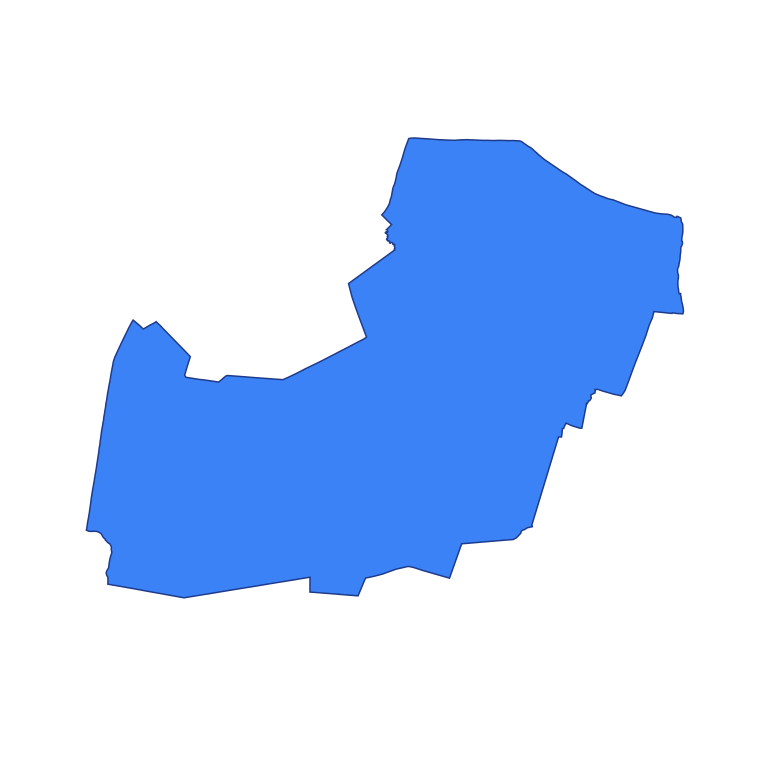 the district of Certesti, Vaslui, Romania, rotated 17°
{"feature_id": "2599482B13375142181874", "entity_name": "Certesti", "entity_type": "district", "adm_level": 2, "iso_a3": "ROU", "parent_name": "Romania", "parent_adm1": "Vaslui", "projection": "orthographic", "projection_center": [27.606, 46.012], "detail": "fine", "context": "isolated", "style": "filled", "palette": "blue", "viewbox_px": 768, "rotation_deg": 17, "n_neighbors": 0, "source": "geoboundaries", "source_scale": "gbopen_adm2", "svg_char_len": 6098}
<svg xmlns="http://www.w3.org/2000/svg" viewBox="0 0 768 768"><g transform="rotate(17 384 384)"><path d="M147.9,391.0L147.2,391.9L146.6,392.5L145.3,393.9L142.6,396.5L137.8,401.8L135.0,400.4L133.6,399.7L125.4,396.2L125.0,397.5L124.7,398.8L124.0,402.4L123.6,404.4L123.4,405.5L123.2,406.8L122.9,408.8L122.6,410.7L122.5,411.3L122.1,413.6L121.9,414.8L121.4,418.1L121.2,419.6L120.9,421.3L119.2,433.5L119.1,434.2L118.9,436.3L118.7,436.9L118.7,438.4L118.6,440.9L118.8,443.2L119.1,445.4L119.2,446.4L119.4,448.4L119.9,452.9L121.0,461.0L121.5,466.3L121.9,469.1L122.4,473.7L123.5,480.7L123.8,484.4L124.2,486.2L124.5,487.8L124.8,490.3L125.3,493.6L125.5,495.5L125.8,497.8L126.4,500.7L126.6,503.4L126.9,504.8L127.1,506.6L127.2,507.9L127.6,510.6L127.8,512.2L128.5,516.3L128.8,518.3L129.5,522.8L130.0,525.0L130.3,528.0L130.6,529.8L131.0,531.6L131.4,534.3L132.0,538.7L132.2,540.1L132.4,541.2L132.8,544.2L133.1,546.1L133.4,547.8L133.9,551.8L134.1,552.9L134.3,555.1L134.6,557.1L134.7,558.0L134.9,559.4L135.2,561.3L135.3,562.3L135.4,563.2L135.6,564.5L135.9,567.1L136.5,571.9L136.8,574.1L137.1,576.1L137.5,579.1L138.1,582.1L139.1,588.7L139.4,590.7L139.9,593.5L140.0,594.7L140.3,596.7L140.6,599.3L141.1,603.8L141.6,606.6L142.2,610.9L143.3,610.9L144.2,611.1L145.5,611.0L147.0,610.6L149.8,609.6L150.6,609.4L151.2,609.2L152.4,609.0L154.3,609.1L155.7,609.4L156.5,609.4L157.2,609.9L158.5,610.9L159.3,611.8L160.8,613.1L162.4,613.6L163.1,614.7L163.8,614.9L165.7,616.1L167.0,616.7L168.3,616.9L169.1,617.6L169.8,618.3L170.6,619.0L171.1,620.1L171.6,622.1L172.3,623.4L172.8,624.6L173.0,625.3L173.1,626.3L172.9,627.6L172.9,628.7L173.0,630.0L173.0,631.2L173.2,632.8L173.5,635.3L174.3,639.7L174.3,640.4L173.9,642.2L173.6,643.5L173.5,645.5L173.7,646.3L175.0,648.3L175.9,648.9L176.4,649.6L177.0,651.0L178.5,656.2L204.9,652.9L219.8,651.2L255.3,646.9L369.7,590.4L374.0,604.6L421.1,594.2L423.1,574.9L425.1,573.9L431.0,570.6L438.0,566.3L449.6,557.6L460.2,551.5L462.2,551.1L466.1,550.8L475.5,551.0L503.4,550.5L505.0,514.1L546.5,497.5L553.0,495.0L555.6,492.4L556.8,490.1L558.4,486.7L558.3,485.0L558.6,484.0L559.4,483.3L561.3,481.8L563.0,479.7L565.5,478.2L566.8,477.5L567.4,477.3L567.5,476.6L566.6,475.9L566.4,383.5L569.2,382.8L568.7,379.1L567.6,374.6L568.8,374.0L568.9,372.0L569.5,368.2L576.2,369.0L583.9,369.0L586.1,368.4L583.6,344.7L583.3,343.5L583.9,343.7L584.4,342.0L584.5,340.3L585.5,339.9L585.9,338.8L586.3,337.3L586.1,336.3L585.4,335.1L585.2,333.8L587.4,331.6L588.3,330.9L588.0,328.6L587.4,327.7L590.0,326.6L594.8,326.8L600.7,326.7L607.8,326.6L608.2,326.4L614.5,325.9L616.0,321.3L616.5,319.0L617.0,310.7L617.2,307.0L618.0,292.3L619.7,270.5L620.3,260.8L620.4,250.5L620.8,246.3L621.1,243.9L621.3,242.8L621.0,235.8L638.8,232.3L639.2,231.6L643.7,230.9L646.8,230.1L649.2,229.6L649.4,229.3L649.2,228.5L649.1,226.7L648.1,224.3L646.9,222.0L645.7,219.9L645.2,219.2L644.6,218.3L643.7,216.3L642.5,213.6L642.0,212.8L641.4,211.9L641.4,211.1L641.3,210.8L641.1,210.9L640.0,211.3L639.2,210.3L637.9,207.3L636.6,204.9L635.7,202.0L634.7,198.7L634.7,197.9L634.6,196.8L633.8,194.0L633.0,192.8L632.6,192.2L632.2,191.4L631.5,189.5L631.2,188.5L631.1,187.2L631.3,186.1L631.4,185.5L631.4,184.7L631.2,184.0L630.7,179.2L630.3,176.9L629.5,173.8L629.3,171.7L628.9,170.2L628.6,168.8L628.1,167.3L627.9,166.3L628.3,165.1L628.3,164.6L628.4,162.4L628.1,161.4L627.6,160.5L627.2,160.0L626.9,160.0L626.6,159.8L626.4,158.1L626.2,157.1L625.9,156.0L625.6,152.5L625.0,150.0L623.7,146.1L623.2,144.7L623.0,144.0L620.7,141.5L619.3,138.4L615.2,137.9L614.9,139.1L613.3,139.5L612.1,139.5L611.5,139.0L608.8,138.5L605.7,138.7L600.0,140.1L593.9,141.1L592.4,141.2L562.8,141.9L549.3,140.9L544.7,141.3L540.4,141.0L535.9,140.8L530.6,140.3L528.9,140.0L520.2,137.5L517.3,136.6L515.7,136.2L514.0,135.8L507.2,133.3L504.9,132.6L502.7,131.8L500.4,131.1L498.6,130.4L497.6,130.1L496.0,129.7L494.7,129.4L492.6,128.9L488.8,127.8L487.1,127.2L472.8,122.8L471.5,122.3L468.5,121.1L466.3,120.1L464.7,119.5L462.6,118.4L460.9,117.7L457.5,116.0L454.9,115.0L453.3,114.7L451.6,114.3L445.1,112.1L442.9,111.8L436.1,113.5L433.1,114.5L425.1,116.7L424.4,117.0L423.6,117.1L416.8,119.4L412.5,120.5L408.0,121.9L391.5,126.2L388.0,127.4L385.2,128.4L381.1,130.0L378.6,130.8L373.6,132.1L364.7,134.4L355.8,136.4L341.3,139.8L338.7,140.7L337.0,141.4L336.0,142.0L335.8,143.4L335.7,145.7L335.6,147.1L335.3,152.1L335.3,153.9L335.3,157.1L335.4,161.4L335.4,164.2L335.3,168.5L335.2,171.2L334.9,175.8L334.8,178.7L334.8,179.6L335.0,181.0L335.3,182.6L335.4,184.3L335.5,186.3L335.6,188.7L335.6,189.9L335.4,191.6L335.3,193.1L335.3,194.7L336.1,201.0L336.3,203.1L336.3,203.8L336.1,205.1L336.2,206.8L336.4,209.0L336.3,210.0L336.2,211.2L335.7,214.0L335.4,214.8L334.5,218.3L333.5,220.7L332.4,222.9L339.5,226.7L344.7,229.4L341.3,235.6L341.9,235.5L342.1,235.6L343.0,237.1L343.1,237.3L343.0,237.6L342.9,237.8L342.5,237.6L342.5,237.9L342.4,238.1L342.2,238.2L341.7,237.8L341.4,238.0L341.2,238.4L341.1,238.5L341.0,238.9L341.1,239.2L341.4,239.3L342.0,239.4L342.7,239.6L343.2,239.9L343.5,240.1L343.9,240.3L344.3,240.7L344.4,241.1L344.3,241.4L344.1,241.6L343.9,241.7L343.9,241.8L344.6,242.6L344.7,243.1L344.9,243.3L344.3,244.0L344.1,244.5L344.1,244.8L344.2,245.0L344.5,245.2L344.6,244.9L344.8,244.9L345.0,245.4L345.7,246.0L345.8,246.1L346.0,246.1L346.3,245.8L346.4,245.7L347.0,245.6L347.4,245.9L347.9,247.0L348.2,247.4L348.4,247.5L348.7,247.6L348.9,247.5L349.0,247.0L349.2,246.7L349.9,246.3L350.0,246.3L350.8,246.5L351.1,247.2L351.3,247.5L351.6,247.7L351.9,247.9L352.3,247.7L352.5,247.5L352.7,247.3L353.1,247.2L353.4,247.4L353.5,247.6L353.7,247.9L353.6,248.0L353.3,248.4L353.5,249.1L353.7,249.5L354.5,250.4L354.8,251.1L354.7,251.5L354.4,251.7L354.4,252.1L354.7,252.3L355.1,252.6L354.9,252.9L320.7,298.3L323.7,303.2L328.2,310.5L335.5,320.6L341.1,328.0L353.6,344.3L351.5,346.9L332.0,366.0L325.0,372.9L315.3,382.3L304.9,391.9L296.9,399.7L290.8,405.3L286.1,409.4L260.7,415.2L241.7,419.4L231.7,421.7L230.4,422.6L225.9,429.7L225.1,430.5L211.3,432.6L206.1,433.6L194.7,435.2L192.6,435.5L190.8,433.9L190.7,424.3L190.8,414.5L185.0,411.2L156.5,395.6L153.1,393.6L151.1,392.7L149.2,391.7L147.9,391.0Z" fill="#3b82f6" stroke="#1e3a8a" stroke-width="1.5"/></g></svg>